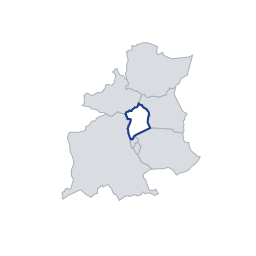 Uganda highlighted among its neighbors, rotated 334°
{"feature_id": "UGA", "entity_name": "Uganda", "entity_type": "country or territory", "adm_level": 0, "iso_a3": "UGA", "parent_name": "Africa", "parent_adm1": "", "projection": "orthographic", "projection_center": [32.128, 1.375], "detail": "medium", "context": "with_neighbors", "style": "outline", "palette": "blue", "viewbox_px": 256, "rotation_deg": 334, "n_neighbors": 7, "source": "natural_earth", "source_scale": "50m", "svg_char_len": 5368}
<svg xmlns="http://www.w3.org/2000/svg" viewBox="0 0 256 256"><g transform="rotate(334 128 128)"><path d="M147.9,137.4L167.5,148.5L167.8,151.5L175.1,156.6L172.7,163.0L173.0,165.9L176.2,167.7L174.9,172.2L174.8,176.2L178.5,184.4L180.3,185.5L176.2,188.4L170.6,190.4L167.6,190.3L165.8,191.8L160.9,192.6L154.9,191.2L151.0,191.6L149.7,184.7L146.9,181.0L141.9,180.0L131.6,175.5L128.8,169.0L125.8,166.1L124.7,163.2L125.2,160.5L124.3,155.8L126.4,155.5L131.6,149.9L130.1,145.0L131.6,144.3L131.9,141.3L129.8,138.4L131.7,137.8L147.9,137.4Z" fill="#d9dde1" stroke="#a8b0b8" stroke-width="1"/><path d="M124.0,149.5L125.2,160.5L124.7,163.2L125.8,166.1L128.8,169.0L131.6,175.5L129.6,174.9L121.3,176.4L119.9,179.7L121.1,181.9L119.7,193.0L124.6,195.9L126.0,194.9L126.5,200.4L122.6,200.3L118.6,195.4L114.7,194.7L113.5,192.0L110.5,193.6L106.4,192.9L104.7,190.6L99.1,190.3L98.8,188.7L94.8,188.2L88.3,189.3L88.3,183.3L86.6,181.4L86.1,178.3L86.8,175.2L85.7,173.2L85.6,170.0L79.4,170.0L79.8,168.2L77.3,168.2L77.0,169.1L73.9,169.2L72.0,173.5L69.2,172.8L64.3,173.9L61.2,169.5L58.3,162.6L43.8,162.4L38.7,163.6L38.0,162.0L39.2,161.4L40.0,157.9L41.8,156.8L43.1,157.4L44.7,155.4L47.3,155.5L47.7,156.9L49.6,157.9L56.4,150.5L56.2,146.3L58.3,141.3L63.9,136.1L64.4,134.5L65.4,130.8L65.8,123.3L68.3,117.3L69.2,110.6L71.2,107.9L73.9,106.3L81.2,110.0L88.7,111.5L91.0,108.0L93.3,108.6L99.0,106.0L101.0,107.1L102.7,106.9L103.4,105.7L105.4,105.3L112.5,105.9L114.2,105.4L117.3,109.7L119.6,110.3L126.2,108.7L127.5,110.9L132.0,114.3L131.7,120.4L133.8,121.1L130.1,124.3L127.0,129.4L126.7,133.6L125.5,135.5L125.5,139.4L124.0,140.9L122.6,147.2L124.0,149.5Z" fill="#d9dde1" stroke="#a8b0b8" stroke-width="1"/><path d="M175.1,156.6L167.8,151.5L167.5,148.5L147.9,137.4L147.8,131.9L153.7,122.6L150.8,114.1L148.4,110.5L155.0,104.0L157.7,104.9L157.7,107.8L159.5,109.5L163.1,109.5L169.6,113.8L177.0,114.7L178.5,112.6L183.2,110.4L185.2,112.1L188.7,112.1L184.3,118.0L184.4,136.9L187.4,141.1L183.8,143.2L182.6,145.4L180.6,145.8L179.9,149.4L178.2,151.5L177.2,154.9L175.1,156.6Z" fill="#d9dde1" stroke="#a8b0b8" stroke-width="1"/><path d="M130.1,145.0L131.6,149.9L126.4,155.5L124.3,155.8L124.0,149.5L122.6,147.2L125.8,147.6L127.4,144.7L130.1,145.0Z" fill="#d9dde1" stroke="#a8b0b8" stroke-width="1"/><path d="M218.0,90.9L204.4,106.4L197.8,106.7L193.4,110.4L190.1,110.5L188.7,112.1L185.2,112.1L183.2,110.4L178.5,112.6L177.0,114.7L169.6,113.8L163.1,109.5L159.5,109.5L157.7,107.8L157.7,104.9L155.0,104.0L152.0,98.4L149.6,97.2L148.7,95.1L146.1,92.6L142.9,92.3L144.7,89.3L147.4,89.2L149.5,77.7L151.9,76.2L154.6,70.2L157.6,67.7L160.3,58.4L166.1,59.4L167.6,55.6L170.6,57.9L173.5,56.7L174.8,57.8L178.2,57.8L182.6,59.8L186.2,63.2L190.1,67.8L186.8,72.4L187.4,75.4L191.4,75.1L192.5,76.0L191.5,77.8L197.4,84.9L213.9,90.9L218.0,90.9Z" fill="#d9dde1" stroke="#a8b0b8" stroke-width="1"/><path d="M129.8,138.4L131.9,141.3L131.6,144.3L130.1,145.0L127.4,144.7L125.8,147.6L122.6,147.2L124.0,140.9L125.5,139.4L126.8,140.0L129.8,138.4Z" fill="#d9dde1" stroke="#a8b0b8" stroke-width="1"/><path d="M132.0,114.3L127.5,110.9L126.2,108.7L119.6,110.3L117.3,109.7L113.4,103.8L109.6,101.7L108.3,98.6L102.8,93.7L102.8,92.0L96.6,87.9L100.0,86.4L102.8,79.4L106.5,78.7L109.9,83.1L111.3,83.6L113.1,82.7L116.8,82.9L117.5,83.9L122.5,84.0L122.7,82.9L125.4,81.9L125.9,80.4L127.8,79.4L132.1,82.4L134.7,81.9L140.1,75.4L139.6,72.3L138.4,70.8L141.5,70.5L141.8,69.4L144.2,69.8L143.6,73.5L144.2,77.2L146.8,79.2L147.4,83.5L148.1,83.6L148.2,87.6L147.4,89.2L144.7,89.3L142.9,92.3L146.1,92.6L148.7,95.1L149.6,97.2L152.0,98.4L155.0,104.0L145.2,112.9L141.6,112.9L137.4,114.1L134.1,112.9L132.0,114.3Z" fill="#d9dde1" stroke="#a8b0b8" stroke-width="1"/><path d="M147.9,137.7L132.0,137.7L131.9,137.7L131.5,137.7L131.2,138.0L130.8,138.0L130.4,138.0L129.8,138.0L129.5,138.1L129.3,138.3L129.1,138.6L128.2,139.6L127.6,140.0L127.3,140.1L127.2,140.1L126.9,139.5L126.8,139.4L125.7,139.7L125.4,138.3L125.4,137.6L125.6,137.1L125.6,136.6L125.6,136.1L125.9,135.3L125.8,134.8L126.0,133.1L126.1,132.8L126.2,132.0L126.4,131.7L126.5,131.6L126.7,131.1L127.1,130.3L127.3,129.9L127.3,129.0L127.3,128.4L127.9,128.0L128.6,127.5L128.9,126.8L129.3,126.4L130.2,126.1L132.6,123.8L133.7,122.6L134.2,121.9L134.2,121.7L134.3,121.4L134.1,121.2L133.8,120.9L133.6,120.7L133.3,120.7L133.1,120.5L132.9,120.2L132.7,120.1L132.0,120.1L131.5,119.8L131.5,119.4L131.7,118.6L132.1,117.8L132.1,117.5L132.0,117.3L131.9,117.1L131.6,116.8L131.7,116.1L132.0,115.5L132.4,114.9L132.3,114.6L132.0,114.4L132.2,114.2L132.5,113.7L133.1,113.2L133.7,112.9L134.0,112.9L134.7,113.2L135.3,113.4L135.7,113.5L136.1,113.3L137.0,112.8L137.2,113.0L137.5,113.3L137.7,113.8L138.3,114.1L138.5,114.2L138.7,114.3L138.8,114.2L139.0,113.8L139.3,113.6L139.8,113.3L140.8,113.1L141.8,113.0L142.4,112.8L143.2,112.4L144.0,113.0L144.9,113.1L145.7,113.1L146.0,112.9L148.2,110.7L149.0,112.4L149.3,112.5L149.2,112.8L149.7,113.2L150.4,113.4L150.6,113.6L150.7,113.8L150.4,114.8L150.7,116.1L151.1,116.3L151.4,117.4L152.1,117.8L152.4,118.4L152.6,118.9L152.8,119.1L153.1,119.7L152.9,120.0L153.1,121.0L153.4,121.8L153.4,122.9L153.4,123.6L153.4,124.0L153.0,124.4L152.4,125.3L152.5,125.9L152.5,126.1L152.1,126.2L151.7,126.4L151.5,126.5L151.2,126.8L150.9,127.1L150.5,128.0L149.9,128.7L149.8,129.0L149.2,129.4L149.0,129.9L148.8,130.5L148.6,131.0L148.1,131.6L148.0,132.6L148.0,134.6L147.9,136.8L147.9,137.7Z" fill="none" stroke="#1e3a8a" stroke-width="2"/></g></svg>